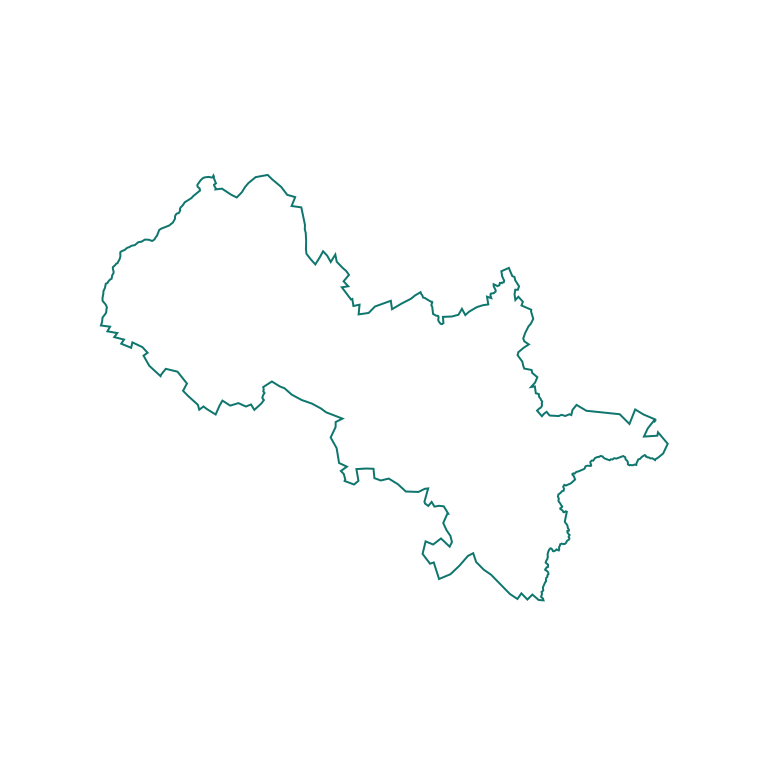 outline of Capricorn, Limpopo, South Africa, rotated 334°
{"feature_id": "47623444B39961875100415", "entity_name": "Capricorn", "entity_type": "district", "adm_level": 2, "iso_a3": "ZAF", "parent_name": "South Africa", "parent_adm1": "Limpopo", "projection": "natural_earth1", "projection_center": [29.178, -23.544], "detail": "fine", "context": "isolated", "style": "outline", "palette": "teal", "viewbox_px": 768, "rotation_deg": 334, "n_neighbors": 0, "source": "geoboundaries", "source_scale": "gbopen_adm2", "svg_char_len": 6166}
<svg xmlns="http://www.w3.org/2000/svg" viewBox="0 0 768 768"><g transform="rotate(334 384 384)"><path d="M322.1,121.9L320.8,123.0L319.8,123.0L317.2,121.0L313.1,119.6L311.1,119.7L308.5,120.5L303.7,123.1L303.2,123.8L303.0,125.2L304.0,127.4L303.4,129.5L295.2,131.4L292.3,132.5L284.6,133.3L281.4,135.2L278.5,136.2L277.2,137.3L277.0,138.6L274.5,140.4L272.5,140.0L270.8,140.7L269.7,141.7L268.5,143.9L265.1,146.3L260.3,147.4L251.8,146.7L249.5,147.0L245.0,151.2L243.2,152.0L241.3,153.3L239.4,153.8L238.2,153.7L235.8,151.2L232.4,149.4L228.0,149.8L226.4,149.0L225.0,148.9L221.0,149.9L217.6,149.1L214.9,149.3L212.9,149.0L209.5,149.9L206.9,149.6L205.1,149.8L204.4,150.5L203.1,153.6L201.3,155.7L197.4,158.6L195.9,158.5L194.3,159.4L191.6,160.1L190.8,161.5L190.3,164.2L189.5,165.8L187.5,167.0L185.3,170.0L183.3,170.1L181.2,171.0L179.8,172.0L177.9,171.9L175.5,175.1L172.4,177.7L171.6,179.4L168.7,183.3L167.5,185.9L168.6,190.2L168.7,192.1L168.4,194.0L167.2,195.2L166.1,197.3L164.9,198.5L160.1,200.9L157.8,204.7L155.2,207.3L162.9,212.4L158.5,215.4L166.6,221.3L162.1,223.6L169.8,230.1L165.5,232.6L172.6,240.6L176.1,236.3L183.0,244.9L185.2,252.3L180.3,253.1L181.0,264.7L186.6,279.0L187.8,277.9L194.5,274.7L203.8,282.4L207.1,297.2L200.4,302.0L202.7,308.9L207.6,321.1L206.7,326.1L211.9,325.1L213.9,329.0L219.3,337.6L226.9,331.2L231.5,328.1L236.3,336.0L244.8,337.4L250.0,343.7L255.5,344.1L256.1,350.4L265.1,347.8L269.0,345.8L268.6,344.2L268.7,342.8L271.0,340.6L272.5,339.9L272.7,339.2L272.2,337.9L273.5,336.1L274.1,333.8L284.3,332.6L289.3,340.5L292.7,344.2L296.4,353.1L302.9,362.2L310.6,370.0L316.7,378.5L319.5,384.0L331.5,396.9L323.9,397.0L321.6,401.5L312.6,408.7L313.3,420.9L309.0,435.3L314.4,442.0L307.1,443.3L308.4,447.3L307.3,452.9L306.1,453.9L313.0,461.2L318.6,459.8L321.9,448.4L330.8,452.1L337.4,455.6L334.1,464.4L338.8,469.3L346.8,471.1L352.6,480.2L356.5,490.2L367.6,496.1L374.8,496.1L377.9,497.2L368.7,507.6L368.5,509.5L370.4,513.0L375.1,510.9L375.6,516.3L380.1,517.6L384.1,520.2L384.9,528.9L383.8,528.6L376.3,534.9L376.1,542.7L377.1,549.6L375.8,555.8L371.7,559.0L367.5,547.8L357.8,549.8L352.4,543.7L344.2,553.6L346.6,565.7L350.5,566.2L348.0,583.4L360.3,584.1L372.1,580.4L384.1,575.3L390.0,575.2L388.8,584.4L392.3,594.7L396.6,602.3L405.1,627.9L409.7,635.7L415.7,632.4L418.4,640.6L425.1,638.3L428.3,645.9L432.5,648.4L432.8,646.4L431.9,644.4L432.1,643.8L433.6,642.5L434.3,641.0L434.4,640.0L436.6,639.4L437.6,636.5L442.0,632.8L443.2,632.4L443.6,631.0L444.9,629.3L446.2,629.0L447.2,627.4L448.5,627.0L449.0,625.1L448.3,623.1L447.4,621.9L447.6,621.3L449.9,620.1L451.0,620.4L451.4,620.0L452.2,618.3L451.0,615.4L452.8,613.6L454.0,613.1L454.8,611.7L455.5,611.3L456.2,609.0L458.0,606.8L460.2,605.1L461.2,604.7L461.9,604.8L462.6,606.2L462.6,608.2L463.0,608.7L465.4,608.8L466.5,608.3L468.1,610.2L468.9,609.5L469.9,607.3L471.3,606.4L472.1,605.3L473.7,605.4L475.1,606.5L476.5,607.0L477.7,606.7L479.8,605.2L481.9,604.9L482.7,604.4L483.0,603.9L482.9,602.3L484.6,601.1L484.1,599.9L483.8,597.8L484.4,596.5L485.8,596.9L486.3,596.0L486.1,594.2L486.9,591.0L486.2,588.4L486.2,586.9L492.3,579.0L491.6,578.1L489.6,578.2L489.1,577.8L489.0,575.9L487.7,573.5L487.9,573.0L489.9,572.7L490.5,572.2L490.0,569.7L490.1,568.6L489.5,566.5L489.8,565.0L490.8,563.9L491.0,561.4L492.4,559.7L494.8,559.3L496.9,558.4L498.8,558.6L499.9,556.9L500.0,554.9L501.9,553.7L503.0,555.0L508.5,555.2L513.9,553.6L514.2,550.1L513.6,548.2L514.0,547.4L515.2,547.4L516.1,548.1L518.4,547.3L520.2,547.8L526.6,548.1L527.5,547.8L528.6,546.6L529.7,546.3L531.2,546.7L534.0,548.3L534.6,547.9L535.0,545.1L535.6,544.3L537.4,543.9L538.4,544.6L541.2,543.1L543.9,543.2L545.3,543.8L547.0,543.6L548.7,544.9L549.0,546.4L549.8,547.8L553.4,551.5L554.9,551.1L556.3,552.0L558.4,551.6L560.1,552.9L567.4,553.6L568.7,555.6L568.1,557.7L568.9,559.6L569.0,560.8L568.0,563.1L568.9,564.6L569.8,564.8L572.0,566.1L573.7,566.2L575.3,567.3L575.9,566.2L579.4,563.3L581.4,563.5L583.9,562.5L587.2,562.2L587.8,563.0L587.6,564.0L589.0,565.7L589.9,566.1L590.6,567.5L592.7,568.5L594.3,571.2L595.0,570.6L597.8,570.4L604.5,568.8L612.8,562.1L609.1,547.5L607.0,550.3L594.6,545.2L601.5,539.6L610.0,535.5L610.6,536.4L612.0,535.6L611.5,534.7L612.0,534.5L603.9,525.2L598.6,517.0L587.1,527.5L582.6,514.5L554.2,496.8L547.9,487.2L542.1,489.9L538.7,494.0L537.4,492.5L532.9,492.2L530.0,489.5L527.0,489.4L519.3,485.1L518.7,483.8L518.0,480.3L514.7,480.9L511.8,482.2L509.9,475.0L513.1,474.0L514.2,474.1L516.1,473.1L517.0,471.7L517.1,470.9L518.5,469.1L518.1,467.0L518.3,466.1L517.8,463.5L518.7,460.8L516.4,458.9L518.5,452.3L514.9,451.2L520.5,448.9L524.8,445.1L522.1,439.1L522.8,436.1L516.8,431.6L517.1,428.8L518.1,424.6L516.7,416.6L518.7,414.3L525.7,412.6L531.5,411.9L528.8,407.1L529.1,404.1L533.3,400.0L539.2,395.5L542.4,394.2L546.7,390.9L548.0,383.2L548.9,381.8L542.0,373.7L544.9,370.9L543.0,364.5L538.9,366.1L540.6,360.7L543.3,356.8L545.6,358.0L548.2,355.4L547.4,348.3L548.2,345.0L546.6,343.2L547.1,334.4L538.9,334.1L537.4,339.1L537.3,343.8L536.2,345.1L534.6,344.6L534.2,345.0L532.4,344.0L531.0,345.8L529.0,345.8L526.3,342.4L525.4,344.2L525.5,348.4L524.9,349.8L522.4,350.5L519.8,349.6L519.3,349.8L518.5,351.1L518.1,353.8L514.9,350.7L512.6,358.2L507.3,356.5L501.0,355.6L492.1,356.3L487.3,357.7L487.0,350.6L481.3,354.4L474.6,353.1L466.4,349.5L464.1,355.3L462.3,355.6L461.7,355.2L461.1,354.2L460.6,351.3L460.9,350.0L462.3,348.0L462.5,346.6L460.8,345.4L458.8,342.5L461.2,335.8L461.1,333.9L463.3,331.6L463.1,331.0L462.2,330.5L458.4,324.6L457.0,323.4L457.3,321.2L456.9,319.4L457.1,317.5L450.8,318.0L445.5,319.2L435.3,319.4L424.0,320.3L426.6,312.2L409.9,310.4L401.3,313.4L391.7,310.3L396.8,302.0L390.7,300.5L392.8,293.7L391.4,293.6L388.5,278.6L394.7,280.5L392.7,274.0L400.3,270.6L399.6,265.9L397.8,261.7L395.1,253.4L397.0,246.3L389.6,251.0L389.2,243.7L387.4,238.0L381.8,242.0L374.7,246.4L372.8,239.8L371.4,233.0L373.0,228.5L376.7,221.4L379.9,213.9L380.6,210.3L382.7,206.4L387.1,189.0L379.0,183.5L386.1,177.1L379.9,171.5L378.0,161.8L373.1,150.8L371.1,145.1L359.3,141.8L350.1,144.0L345.4,146.1L340.4,149.3L333.4,151.8L329.7,147.0L324.0,137.4L317.8,135.2L318.6,134.3L318.3,131.7L318.6,130.4L320.9,130.0L321.3,124.6L322.1,122.8L322.1,121.9Z" fill="none" stroke="#0f766e" stroke-width="2"/></g></svg>